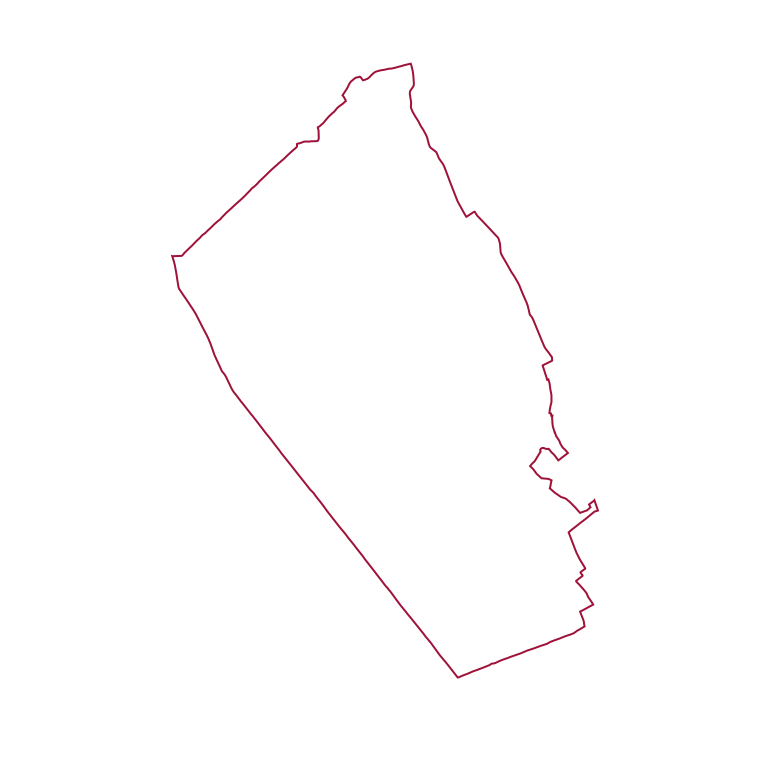 the district of Nong Khaem, Bangkok Metropolis, Thailand, rotated 164°
{"feature_id": "78962969B88059812817322", "entity_name": "Nong Khaem", "entity_type": "district", "adm_level": 2, "iso_a3": "THA", "parent_name": "Thailand", "parent_adm1": "Bangkok Metropolis", "projection": "natural_earth1", "projection_center": [100.348, 13.696], "detail": "fine", "context": "isolated", "style": "outline", "palette": "rose", "viewbox_px": 768, "rotation_deg": 164, "n_neighbors": 0, "source": "geoboundaries", "source_scale": "gbopen_adm2", "svg_char_len": 6075}
<svg xmlns="http://www.w3.org/2000/svg" viewBox="0 0 768 768"><g transform="rotate(164 384 384)"><path d="M552.3,565.3L552.2,559.7L552.3,555.9L553.2,546.9L554.2,539.3L554.8,534.2L554.8,533.4L554.7,532.3L554.7,531.9L552.1,523.8L551.0,520.7L549.4,515.7L548.2,511.8L547.3,509.1L546.1,504.9L545.5,502.6L542.4,486.6L541.1,480.6L540.7,478.4L540.3,475.7L539.9,472.4L539.6,469.5L539.0,459.2L538.9,458.1L537.1,446.4L536.3,441.1L536.2,440.8L535.3,438.8L534.5,436.7L534.0,434.9L533.8,433.8L532.9,428.4L532.6,426.9L532.2,424.0L531.5,420.5L531.0,418.7L530.6,417.5L530.0,416.2L526.6,407.4L524.5,402.5L520.3,392.0L519.1,389.4L515.5,380.4L511.4,369.9L510.2,367.1L508.3,362.7L504.7,353.4L503.3,350.1L501.6,345.4L496.3,332.7L491.5,320.9L487.1,310.3L485.3,305.9L485.0,305.2L484.3,303.3L481.7,298.5L480.8,295.8L479.1,291.6L477.5,287.8L476.1,284.2L473.6,277.3L473.4,276.7L466.0,258.5L462.8,251.3L460.7,245.8L459.8,243.7L458.2,240.0L454.4,230.5L451.7,224.0L450.9,221.5L445.4,207.9L438.3,189.9L437.9,189.0L436.6,186.4L436.0,184.6L435.1,182.8L432.9,176.9L431.3,172.4L431.0,171.8L429.2,166.9L425.8,159.0L425.3,157.7L421.5,148.9L418.9,142.7L414.8,132.9L413.8,130.1L410.4,122.5L405.0,107.6L403.4,104.1L403.1,103.4L400.6,97.8L394.3,82.2L394.0,81.5L392.3,81.5L391.5,81.7L386.9,82.2L384.6,82.3L377.1,83.3L374.3,83.4L365.9,84.1L360.0,84.7L359.0,85.0L358.1,85.4L357.5,85.5L355.3,85.1L353.8,85.1L352.5,85.4L350.5,85.7L346.5,86.2L343.2,86.4L340.7,86.5L337.9,86.8L326.8,87.4L319.6,88.3L313.6,88.5L305.1,89.1L298.8,89.3L297.2,89.8L294.4,90.3L291.0,90.6L285.7,90.9L279.1,91.6L273.9,91.8L271.8,92.0L270.5,92.1L269.9,92.3L269.5,92.4L266.8,93.4L266.2,93.6L263.4,94.2L259.9,95.2L258.0,95.7L257.8,98.1L257.4,100.7L257.5,103.0L257.9,107.2L258.2,111.2L256.9,111.4L243.7,114.3L244.5,117.2L246.0,121.6L246.5,123.2L246.8,125.6L246.7,126.0L247.4,128.2L248.6,131.1L249.9,133.8L251.0,136.1L252.1,138.3L253.5,140.7L253.6,141.1L253.6,141.7L250.5,143.1L246.0,144.8L245.9,145.0L245.9,145.6L246.4,146.4L247.0,148.1L247.0,148.8L246.9,149.0L241.5,151.0L241.4,151.3L241.4,151.5L244.0,161.0L244.4,162.8L245.5,168.8L245.8,171.8L247.4,190.5L243.0,192.5L239.2,194.0L234.2,196.1L227.7,198.6L216.9,203.3L213.2,203.4L213.8,214.3L214.6,213.8L220.1,211.7L219.5,208.6L223.5,206.6L231.1,206.1L233.9,212.0L234.1,212.5L236.7,217.2L238.0,219.6L239.5,221.7L240.1,222.7L240.6,223.3L241.2,223.9L241.7,224.4L242.1,224.7L244.8,226.4L245.5,227.2L246.3,228.2L249.9,232.6L251.3,234.8L252.6,236.9L253.4,237.9L251.6,241.1L250.7,243.1L249.5,245.2L252.0,247.4L258.6,250.0L262.0,255.5L263.9,260.7L266.2,264.8L263.6,266.6L261.8,267.5L260.6,268.2L260.1,268.5L257.0,271.4L256.7,271.7L255.1,273.1L254.8,273.4L253.8,274.3L253.0,275.1L252.7,275.4L252.1,275.7L252.1,277.2L252.0,277.6L251.7,277.9L251.0,278.5L249.7,278.9L248.3,278.6L246.4,277.1L245.2,276.6L243.6,276.3L243.5,276.1L242.2,273.1L241.6,271.8L240.4,269.8L239.7,268.4L237.5,262.6L235.8,263.1L234.4,263.8L233.3,264.2L226.2,267.0L228.2,271.2L229.7,273.6L230.9,277.7L231.2,281.4L231.8,283.1L232.9,286.6L233.0,288.9L233.0,290.2L233.3,290.2L233.4,296.6L233.1,298.7L233.0,299.3L232.8,300.5L232.7,300.5L232.1,303.5L231.8,305.1L231.4,306.1L230.8,307.3L232.0,307.5L231.7,309.3L231.8,309.3L231.8,309.8L233.0,310.4L231.6,313.9L230.2,316.6L227.9,320.7L226.1,327.2L225.9,329.0L225.7,331.5L225.6,332.8L224.7,338.9L224.7,343.1L226.0,343.0L226.0,345.8L226.4,358.1L225.2,358.4L216.1,360.0L215.9,360.2L215.8,360.6L215.2,363.5L217.3,369.4L218.5,372.3L219.0,373.8L219.3,374.5L219.5,375.5L219.8,377.6L220.3,381.7L221.2,389.9L222.9,405.0L223.4,407.4L223.7,408.3L224.1,409.1L224.6,410.1L224.7,410.5L224.7,411.1L224.4,416.0L224.3,420.4L224.5,423.0L225.6,430.9L226.2,436.2L226.8,442.1L227.8,446.5L229.0,451.4L230.6,456.3L233.3,467.6L234.8,473.4L235.6,477.3L235.6,477.7L235.4,479.3L234.1,485.7L233.8,487.6L233.8,488.4L233.8,491.6L233.9,492.6L234.2,493.5L236.0,497.0L244.1,512.8L248.0,520.1L248.1,520.4L249.3,524.5L249.5,524.7L251.0,524.4L258.6,522.0L258.8,522.1L260.0,526.5L262.9,539.3L264.8,559.5L265.7,571.1L266.1,575.6L266.4,577.9L266.5,578.5L268.7,584.9L268.9,585.5L269.0,585.9L269.6,591.1L269.8,592.1L269.9,592.6L274.0,598.2L274.3,598.9L274.5,599.3L274.6,599.9L274.8,602.5L274.6,608.7L274.7,609.8L274.8,610.7L275.0,612.1L276.1,617.1L277.6,622.1L278.6,627.3L280.2,632.6L281.1,636.3L281.6,638.6L281.9,641.8L281.9,642.4L281.7,643.3L280.7,645.8L280.2,648.0L280.1,648.7L279.6,652.8L279.4,654.8L278.9,656.8L278.4,657.9L278.2,658.3L278.0,658.5L275.6,660.5L274.0,661.8L273.5,662.3L273.3,662.6L273.0,663.2L272.5,664.4L272.4,664.9L271.5,669.1L270.6,673.4L270.3,675.8L270.1,677.4L270.0,679.7L269.9,682.1L270.0,684.5L270.3,684.5L272.6,684.7L277.7,684.9L279.5,684.8L284.6,685.0L285.1,684.9L286.0,684.9L290.6,685.2L291.9,685.7L297.6,686.0L300.4,686.4L303.6,686.5L305.2,686.5L306.8,686.3L309.3,685.3L312.0,683.8L313.8,682.7L314.7,682.4L315.6,682.0L319.9,681.6L320.2,681.7L320.6,681.9L321.8,685.2L322.2,685.7L322.7,686.1L323.8,686.0L324.7,686.0L325.4,686.2L327.2,686.1L328.2,685.7L331.2,684.4L333.0,683.5L334.8,681.9L336.8,679.6L338.7,677.7L344.3,672.9L343.6,671.3L342.7,667.5L342.8,666.4L343.2,666.4L346.2,664.8L348.0,664.2L350.5,663.3L353.4,661.9L354.7,660.9L357.0,659.4L358.7,658.7L361.0,657.5L361.4,657.2L362.1,656.9L362.4,656.9L366.2,654.5L369.1,652.5L370.4,651.5L372.6,650.6L374.6,649.6L375.9,649.2L376.7,649.1L377.0,648.8L377.0,645.9L378.9,638.4L379.6,637.0L380.3,636.3L381.0,635.9L381.4,635.9L385.6,637.0L387.0,637.4L388.9,637.6L390.5,638.0L392.3,638.7L394.3,639.0L398.8,638.6L399.8,638.8L400.7,638.9L401.5,638.7L402.0,636.8L402.4,636.0L402.6,635.8L408.6,633.0L413.2,630.7L419.2,627.5L420.1,627.1L420.8,627.0L421.5,626.4L424.7,625.1L426.1,624.3L428.7,623.1L433.7,620.7L443.1,615.6L447.7,613.3L451.2,611.1L454.6,609.4L457.1,608.5L458.8,607.3L466.3,603.0L470.3,600.9L479.3,596.6L479.9,596.2L489.0,591.7L495.2,588.1L495.7,587.6L499.0,586.3L503.6,584.1L507.5,581.9L510.4,580.5L513.8,578.6L516.0,577.7L516.6,577.6L517.6,577.2L519.4,576.1L520.6,575.3L524.2,573.5L530.3,570.0L533.0,568.6L540.1,564.8L540.7,564.3L542.4,563.2L543.1,563.0L543.5,563.0L544.3,563.2L551.9,565.1L552.3,565.3Z" fill="none" stroke="#9f1239" stroke-width="2"/></g></svg>